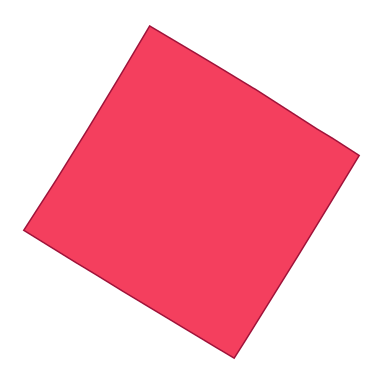 Jefferson, Wisconsin, United States of America (Equal Earth projection), rotated 211°
{"feature_id": "52423323B37691969207110", "entity_name": "Jefferson", "entity_type": "district", "adm_level": 2, "iso_a3": "USA", "parent_name": "United States of America", "parent_adm1": "Wisconsin", "projection": "equal_earth", "projection_center": [-88.78, 43.02], "detail": "fine", "context": "isolated", "style": "filled", "palette": "rose", "viewbox_px": 384, "rotation_deg": 211, "n_neighbors": 0, "source": "geoboundaries", "source_scale": "gbopen_adm2", "svg_char_len": 407}
<svg xmlns="http://www.w3.org/2000/svg" viewBox="0 0 384 384"><g transform="rotate(211 192 192)"><path d="M70.3,71.3L69.8,91.0L68.3,189.7L67.8,249.7L67.5,309.4L98.6,310.4L117.0,310.4L190.9,312.7L193.7,312.6L232.1,312.8L252.4,312.8L313.8,312.5L313.5,252.7L313.7,192.5L314.6,132.5L316.5,72.5L254.9,71.7L234.3,71.7L199.9,71.3L90.2,71.2L70.3,71.3Z" fill="#f43f5e" stroke="#9f1239" stroke-width="1.5"/></g></svg>